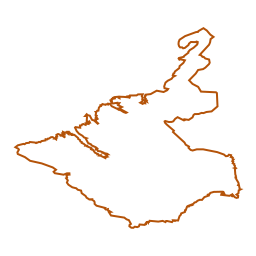 Osterøy nor, Hordaland, Norway (Equal Earth projection)
{"feature_id": "86288312B51144520840876", "entity_name": "Osterøy nor", "entity_type": "district", "adm_level": 2, "iso_a3": "NOR", "parent_name": "Norway", "parent_adm1": "Hordaland", "projection": "equal_earth", "projection_center": [5.572, 60.569], "detail": "fine", "context": "isolated", "style": "outline", "palette": "amber", "viewbox_px": 256, "rotation_deg": 0, "n_neighbors": 0, "source": "geoboundaries", "source_scale": "gbopen_adm2", "svg_char_len": 5837}
<svg xmlns="http://www.w3.org/2000/svg" viewBox="0 0 256 256"><path d="M213.5,36.9L210.3,34.6L206.8,30.5L203.4,28.2L198.4,31.1L198.0,31.9L196.0,32.1L185.1,36.1L179.6,39.7L178.7,41.9L178.5,44.1L179.0,46.0L180.1,47.4L182.2,47.4L183.1,48.3L184.9,47.9L188.5,45.0L189.0,43.6L190.9,42.0L195.9,42.1L196.4,41.6L197.2,41.8L196.7,42.4L197.7,42.9L197.2,44.5L193.5,47.8L189.8,50.1L188.3,51.9L188.4,52.7L184.1,56.0L183.8,56.8L178.9,58.0L178.6,58.5L179.4,59.7L180.5,59.3L184.9,60.3L183.3,63.0L179.6,66.1L179.3,68.1L174.9,71.5L174.3,73.1L173.4,73.5L172.8,75.2L174.9,75.9L173.0,76.9L171.6,78.8L167.8,80.7L165.5,82.6L164.2,86.4L164.5,88.2L168.1,89.0L167.2,90.2L163.6,92.0L156.7,90.7L150.6,94.1L145.5,94.7L145.1,95.6L145.7,95.6L144.6,97.8L145.7,98.6L145.2,99.6L146.7,100.4L146.3,100.8L146.7,101.6L144.5,100.5L145.2,103.3L143.7,103.1L142.7,103.9L140.3,102.7L142.0,101.7L142.7,100.5L142.2,99.4L142.6,97.6L141.8,96.3L142.7,94.3L138.0,94.4L136.6,95.4L130.0,95.5L130.0,96.0L128.1,96.3L130.3,98.0L128.4,97.3L124.0,96.9L119.3,96.7L119.5,98.2L118.6,97.8L118.7,96.7L114.5,97.1L114.8,98.2L113.2,98.0L113.5,98.7L111.0,99.1L111.6,99.2L111.2,99.8L111.9,99.8L111.8,100.5L110.6,100.5L111.4,102.5L112.0,102.4L112.0,103.1L112.6,103.5L117.3,102.8L117.3,103.4L119.3,103.2L118.1,105.2L121.9,107.0L119.8,108.0L119.7,108.7L126.7,112.5L125.9,112.9L123.6,112.1L119.5,109.5L119.2,109.8L119.7,110.3L119.1,110.0L118.1,109.4L118.8,109.3L118.4,108.5L116.7,108.6L111.7,106.2L110.0,103.9L108.1,103.7L108.1,104.5L106.2,104.2L105.6,104.8L102.5,104.1L102.4,104.7L100.5,105.2L100.9,106.1L99.8,106.5L98.9,107.7L98.4,110.6L97.3,110.6L96.3,112.0L95.7,112.0L96.1,112.7L95.6,115.1L96.7,115.7L96.1,116.6L97.1,118.1L96.2,118.0L96.9,119.1L95.5,119.3L95.9,120.4L95.1,120.6L98.1,123.4L97.7,123.7L94.1,120.5L92.0,119.8L89.8,115.7L87.6,115.1L86.7,114.2L86.1,114.9L86.7,114.9L86.6,115.6L86.0,116.0L86.6,116.0L87.0,117.1L86.7,121.1L88.9,121.9L89.4,121.5L89.9,122.6L89.0,122.6L89.0,123.3L88.0,123.0L88.2,122.6L86.1,123.1L86.7,123.7L86.1,123.6L85.7,124.9L83.3,124.0L82.0,124.5L81.6,125.4L80.0,125.5L80.2,127.7L75.5,127.1L75.0,127.6L76.7,131.1L79.0,133.7L82.5,135.8L84.0,137.4L86.4,138.2L85.7,138.5L88.1,143.0L91.2,144.5L91.6,145.4L95.7,147.2L96.6,147.9L96.1,148.6L96.7,148.7L96.4,149.2L97.0,149.2L96.7,149.6L97.3,149.6L98.0,151.1L100.3,151.3L103.0,152.4L102.7,152.8L107.3,153.8L107.8,154.2L105.5,154.2L107.2,155.2L107.2,156.0L106.2,156.3L107.1,156.8L105.6,157.2L105.4,158.1L100.6,155.7L99.4,155.6L99.7,155.3L98.8,155.4L98.2,154.2L97.3,154.3L97.3,153.8L94.9,152.6L92.9,149.7L91.9,149.6L91.7,148.7L91.0,148.9L91.1,148.0L87.1,146.4L87.2,145.7L85.3,145.7L85.5,145.3L83.7,143.8L81.7,142.9L81.8,142.1L80.3,141.4L79.9,139.9L78.2,139.0L78.1,138.0L74.4,134.9L72.9,134.5L72.8,135.0L71.6,135.0L71.6,133.9L69.4,134.2L70.1,134.0L69.8,132.8L69.2,132.8L68.9,131.8L67.4,131.8L67.9,133.6L66.1,132.3L64.5,132.6L63.0,131.9L63.1,133.5L64.7,133.7L64.7,134.3L62.6,133.7L62.8,134.1L62.2,134.1L62.0,135.1L64.5,136.6L65.0,137.6L62.3,135.7L60.5,135.7L60.0,134.7L58.1,134.0L56.5,134.8L57.1,136.3L56.1,136.5L55.9,137.6L56.5,138.0L55.7,138.5L56.3,138.5L56.2,139.4L52.6,137.1L51.0,137.2L48.7,138.7L47.8,138.7L47.4,139.4L45.6,139.2L45.5,140.4L41.5,141.1L40.4,142.2L39.0,141.9L36.7,142.9L35.6,142.2L36.5,143.3L34.8,142.5L29.8,142.0L29.1,142.8L26.1,143.1L24.6,144.2L23.4,143.9L17.9,145.3L15.4,147.2L18.4,148.8L18.9,149.7L17.4,152.3L17.8,154.0L24.9,157.1L30.1,160.8L41.7,163.4L52.7,167.4L56.0,169.7L53.6,171.8L54.8,173.2L63.6,174.7L67.0,173.3L69.4,173.3L69.5,174.6L68.4,174.6L66.5,175.7L67.1,177.6L66.1,178.2L67.8,180.3L66.9,182.6L68.4,184.7L72.3,187.3L76.3,188.3L77.7,189.7L81.1,190.6L81.7,193.2L85.6,196.0L86.6,197.7L89.3,199.4L91.2,199.3L90.9,199.6L92.1,199.7L94.1,201.1L94.6,202.1L94.6,203.9L96.5,205.7L105.0,207.9L104.6,208.3L105.8,209.5L107.8,209.1L107.6,210.0L110.8,211.9L108.9,212.2L111.0,215.5L124.3,217.6L126.5,219.3L128.9,220.2L130.9,223.9L129.5,225.0L129.4,226.3L131.3,227.7L133.3,227.8L134.8,226.7L137.3,227.1L138.9,226.4L139.6,224.5L144.6,224.9L146.1,224.2L146.3,223.5L145.6,223.5L146.7,222.0L147.9,221.9L148.2,222.4L148.3,221.9L149.2,221.9L149.6,220.8L158.3,221.6L162.7,220.9L165.5,222.1L166.1,221.0L167.1,221.0L172.0,222.1L173.1,220.6L173.7,220.7L173.4,220.3L178.1,220.5L179.5,216.2L180.8,214.8L181.2,213.4L184.9,212.0L185.0,210.3L185.7,210.3L187.0,206.7L189.0,206.4L189.1,205.8L190.4,205.5L189.7,205.3L193.3,203.9L194.5,202.5L195.9,202.2L197.6,200.7L199.8,199.8L202.0,199.9L204.4,197.1L208.9,195.5L208.9,195.0L207.9,195.1L208.3,195.0L208.0,194.6L209.6,194.1L210.3,192.9L213.8,191.9L222.3,191.7L223.4,191.9L224.2,193.5L221.5,193.8L221.2,194.8L229.5,195.8L231.8,194.6L231.6,195.7L232.0,196.2L232.6,196.3L233.3,195.4L234.8,197.2L236.6,197.9L238.0,197.5L238.2,195.7L236.5,194.6L238.5,193.1L238.7,190.4L240.6,189.4L239.7,189.2L239.8,188.4L240.4,188.3L239.5,188.1L239.0,185.3L238.1,185.1L238.7,184.0L238.4,182.7L236.2,179.0L236.1,177.4L235.5,177.4L235.8,175.7L235.3,174.4L234.9,169.0L235.7,168.4L234.9,168.1L235.6,167.9L234.8,167.1L234.9,165.7L234.2,165.1L234.3,164.0L232.7,163.3L233.3,161.8L232.3,161.1L233.3,159.8L232.7,159.8L232.8,158.0L231.6,157.4L232.2,157.2L230.9,156.1L231.1,155.2L228.9,154.7L227.8,156.0L225.9,156.2L223.9,154.5L217.2,152.1L203.0,149.3L196.9,149.3L192.6,150.5L190.6,149.9L188.5,147.8L189.0,146.6L185.7,144.7L184.5,142.5L173.0,132.0L173.9,130.7L166.7,124.5L165.0,122.7L164.6,121.4L165.2,121.0L168.8,122.0L171.7,121.9L173.3,121.3L175.2,118.8L177.6,117.2L183.9,120.4L184.6,120.2L184.5,119.3L188.7,119.9L192.5,117.4L193.6,114.9L194.7,114.1L198.7,114.0L201.5,112.9L203.5,113.1L206.4,112.0L211.6,111.4L217.5,106.4L216.9,93.1L216.0,92.3L201.0,91.6L198.2,86.9L192.5,83.9L189.1,80.3L195.7,73.6L198.1,70.0L203.1,69.1L205.4,67.6L209.0,64.1L209.7,62.7L209.1,59.5L205.3,58.5L203.7,56.9L202.5,56.9L201.3,55.4L199.7,54.9L209.1,44.7L210.1,42.3L210.6,39.1L213.5,36.9Z" fill="none" stroke="#b45309" stroke-width="2"/></svg>